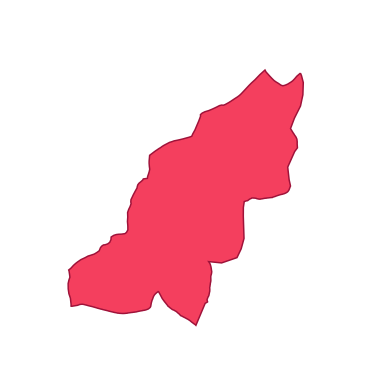 the district of Beausejour, Gros Islet, Saint Lucia, rotated 109°
{"feature_id": "8701671B92902112367309", "entity_name": "Beausejour", "entity_type": "district", "adm_level": 2, "iso_a3": "LCA", "parent_name": "Saint Lucia", "parent_adm1": "Gros Islet", "projection": "mercator", "projection_center": [-60.935, 14.076], "detail": "fine", "context": "isolated", "style": "filled", "palette": "rose", "viewbox_px": 384, "rotation_deg": 109, "n_neighbors": 0, "source": "geoboundaries", "source_scale": "gbopen_adm2", "svg_char_len": 5835}
<svg xmlns="http://www.w3.org/2000/svg" viewBox="0 0 384 384"><g transform="rotate(109 192 192)"><path d="M319.3,198.6L319.1,198.1L318.7,197.6L318.3,197.0L317.8,196.4L317.4,195.9L317.0,195.4L316.5,195.0L316.0,194.7L315.5,194.4L315.0,194.1L314.4,193.9L313.7,193.8L313.0,193.9L312.3,194.0L311.7,194.1L311.1,194.2L310.5,194.3L309.9,194.4L309.3,194.4L308.8,194.4L308.2,194.5L307.7,194.5L307.2,194.5L306.7,194.5L306.3,194.4L305.8,194.4L305.4,194.4L304.9,194.4L304.5,194.4L304.0,194.4L303.5,194.4L303.0,194.3L302.4,194.2L301.9,194.1L301.3,193.9L300.8,193.7L300.3,193.5L299.8,193.2L299.4,193.0L299.0,192.8L298.5,192.5L298.1,192.2L297.6,191.8L297.2,191.6L297.3,191.0L298.8,189.3L300.1,187.9L302.4,185.5L304.2,182.9L304.8,182.1L304.9,181.8L305.6,180.7L306.2,179.8L307.0,178.5L307.8,177.5L307.8,177.2L308.1,176.4L308.5,175.5L308.8,174.5L309.2,173.5L309.5,172.4L309.6,171.5L309.6,170.6L309.9,169.3L310.0,168.5L310.3,167.5L310.6,166.8L311.2,165.4L311.4,164.7L311.9,163.7L312.3,163.0L312.6,162.4L312.6,161.8L312.7,160.7L312.9,159.7L313.0,159.0L313.2,157.4L313.5,155.8L313.6,154.8L313.9,153.6L314.1,152.8L314.4,151.7L314.7,151.0L315.2,149.7L315.4,148.9L315.8,147.9L316.0,147.1L316.4,145.7L316.8,144.9L293.0,143.3L292.4,142.8L291.3,141.8L290.8,141.5L289.8,142.2L288.9,142.7L287.7,142.7L286.9,142.7L285.9,142.6L285.0,142.4L283.8,142.4L283.4,142.5L282.5,142.6L281.1,142.8L280.0,142.9L279.4,143.1L278.4,143.4L277.2,143.9L276.4,144.2L275.3,144.3L274.5,144.5L273.2,144.7L272.5,144.9L270.7,145.1L269.4,145.4L265.9,146.7L265.3,146.8L264.4,146.9L263.6,146.9L262.2,147.1L261.3,147.3L260.4,147.6L259.7,148.1L258.4,148.7L256.6,149.7L256.0,150.1L255.0,150.8L254.3,151.3L254.0,151.6L253.6,152.1L253.0,152.8L252.4,153.6L249.4,140.9L239.4,128.1L229.7,127.0L219.0,127.7L198.2,135.6L189.9,138.4L184.0,139.5L182.4,137.3L182.1,136.6L181.2,136.0L180.4,135.5L179.5,134.7L178.9,134.0L178.2,133.4L177.9,132.6L177.5,131.3L177.3,130.3L177.1,129.4L177.2,128.5L177.0,127.1L176.9,126.3L176.6,125.3L176.2,124.7L175.5,123.3L175.1,122.6L174.6,121.8L174.2,121.0L173.6,119.7L173.2,119.0L172.8,118.1L172.4,117.3L171.8,116.0L171.5,115.4L171.1,114.3L170.5,113.8L169.6,112.6L169.2,112.0L168.5,111.2L168.0,110.6L166.2,108.2L165.7,107.5L165.2,106.7L164.8,106.0L164.0,104.9L163.6,104.3L162.9,103.5L162.1,102.7L161.6,102.3L161.1,101.9L160.4,101.5L159.5,101.2L158.7,101.0L157.3,100.9L156.4,100.9L155.7,100.9L154.3,100.8L148.7,104.2L137.3,109.6L120.4,108.1L115.9,106.7L112.1,108.3L111.4,108.5L110.2,108.9L109.4,109.3L108.5,109.7L107.8,110.1L106.7,111.1L106.1,111.7L105.5,112.5L105.0,113.3L104.1,114.3L103.6,115.0L103.1,115.7L102.5,116.4L101.6,117.5L101.0,118.2L100.4,119.0L99.9,119.5L88.9,119.2L75.4,117.4L64.0,118.8L52.3,122.4L46.4,126.3L44.7,127.8L44.8,128.5L48.4,130.6L51.5,131.8L54.1,133.0L55.7,134.1L58.8,136.6L60.7,138.7L62.0,140.7L62.0,142.8L61.2,145.5L60.6,148.3L59.9,150.7L58.5,153.6L56.8,156.8L54.4,161.1L52.9,162.7L58.9,166.0L65.4,169.0L69.8,171.4L72.5,172.7L81.7,176.8L83.8,177.8L85.4,178.7L87.2,179.9L88.7,181.1L94.9,185.9L95.4,186.3L98.6,189.2L99.8,190.7L100.1,192.2L101.4,194.2L103.1,195.8L105.0,197.7L107.2,200.0L109.6,202.7L111.9,205.9L114.1,208.1L115.7,209.0L116.1,209.2L117.6,208.6L122.5,208.7L126.5,209.0L132.3,209.4L136.9,210.2L139.4,210.4L141.1,212.5L143.2,215.6L144.8,217.9L146.7,220.9L147.8,222.7L149.5,225.6L150.8,227.2L152.4,229.4L154.1,231.0L155.9,232.7L157.3,234.0L158.7,235.1L160.3,236.2L161.8,237.5L163.6,238.8L164.6,239.6L166.3,240.8L169.0,242.6L170.8,243.8L171.1,244.0L176.7,242.6L178.8,241.9L181.8,240.6L184.2,239.4L186.5,239.1L188.9,239.0L190.0,239.0L191.8,239.0L193.1,238.7L193.4,238.6L193.6,238.6L195.5,242.3L196.8,242.5L199.1,243.8L201.0,245.0L202.9,245.6L204.8,245.5L206.2,245.3L208.8,245.8L213.8,246.6L216.7,246.9L219.1,247.2L221.4,246.6L222.8,245.8L225.8,245.8L229.0,246.2L232.4,246.2L236.6,244.6L241.0,243.4L245.0,241.6L248.7,240.3L251.5,240.8L253.0,241.7L253.4,242.2L254.9,245.2L255.7,247.3L256.8,249.6L258.4,251.8L260.9,253.8L263.4,253.1L266.4,253.4L268.5,254.8L270.2,257.0L270.9,258.5L272.5,259.7L274.3,260.4L277.8,260.6L280.1,262.2L282.5,264.2L284.8,267.2L286.4,269.4L288.9,271.7L292.1,275.0L295.5,277.5L297.5,278.8L300.0,280.2L301.9,281.0L303.7,281.8L305.9,283.2L306.3,282.9L306.6,282.6L309.7,281.0L312.3,279.7L315.4,279.7L318.9,279.3L323.9,277.5L328.2,275.3L332.0,272.4L337.5,269.8L339.3,269.2L339.2,268.5L336.4,263.3L336.2,263.1L336.0,262.8L335.7,262.5L335.4,262.1L335.2,261.8L334.9,261.6L334.8,261.3L334.6,260.9L334.4,260.5L334.2,260.2L334.1,259.8L333.9,259.4L333.8,259.1L333.7,258.7L333.7,258.3L333.6,257.9L333.5,257.4L333.5,256.9L333.5,256.4L333.4,255.9L333.4,255.4L333.3,254.9L333.3,254.3L333.3,253.8L333.2,253.2L333.2,252.5L333.1,251.9L333.1,251.3L333.0,250.7L332.9,250.0L332.9,249.4L332.8,248.8L332.8,248.2L332.8,247.6L332.7,247.0L332.7,246.4L332.7,245.8L332.6,245.2L332.6,244.6L332.6,244.0L332.6,243.4L332.5,242.9L332.5,242.4L332.5,241.8L332.4,241.3L332.4,240.8L332.4,240.2L332.3,239.6L332.2,239.0L332.2,238.4L332.2,237.8L332.1,237.3L332.1,236.8L332.0,236.3L332.0,235.7L331.9,235.2L331.9,234.7L331.8,234.1L331.8,233.5L331.7,233.0L331.7,232.4L331.7,231.8L331.6,231.3L331.6,230.7L331.5,230.1L331.5,229.5L331.4,228.9L331.3,228.3L331.3,227.7L331.2,227.1L331.2,226.4L331.1,225.8L331.0,225.2L330.9,224.6L330.8,224.0L330.8,223.4L330.7,222.8L330.5,222.1L330.4,221.6L330.3,221.0L330.1,220.4L330.0,219.9L329.8,219.3L329.7,218.8L329.5,218.2L329.3,217.5L329.0,216.9L328.8,216.3L328.5,215.6L328.2,215.0L327.9,214.3L327.6,213.7L327.2,213.1L326.9,212.5L326.6,211.9L326.3,211.3L326.0,210.7L325.7,210.1L325.4,209.5L325.2,209.0L324.9,208.5L324.6,207.9L324.4,207.4L324.1,206.9L323.8,206.3L323.6,205.8L323.3,205.4L323.2,205.2L322.9,204.8L322.6,204.3L322.3,203.8L322.0,203.3L321.7,202.8L321.4,202.3L321.2,201.9L320.9,201.4L320.7,201.0L320.5,200.5L320.1,200.1L319.8,199.5L319.5,198.8L319.3,198.6Z" fill="#f43f5e" stroke="#9f1239" stroke-width="1.5"/></g></svg>